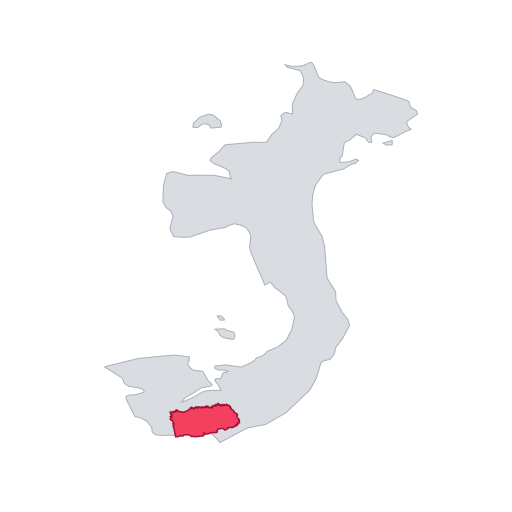 location of Cémaco, Emberá, Panama, rotated 108°
{"feature_id": "35544464B97787935745550", "entity_name": "Cémaco", "entity_type": "district", "adm_level": 2, "iso_a3": "PAN", "parent_name": "Panama", "parent_adm1": "Emberá", "projection": "equal_earth", "projection_center": [-77.717, 8.422], "detail": "fine", "context": "in_parent", "style": "filled", "palette": "rose", "viewbox_px": 512, "rotation_deg": 108, "n_neighbors": 0, "source": "geoboundaries", "source_scale": "gbopen_adm2", "svg_char_len": 8658}
<svg xmlns="http://www.w3.org/2000/svg" viewBox="0 0 512 512"><g transform="rotate(108 256 256)"><path d="M444.7,232.8L443.4,234.0L439.6,241.3L437.5,247.6L442.4,254.2L443.9,261.2L446.7,268.9L451.0,276.5L455.9,290.7L457.0,296.4L455.6,300.2L451.0,302.4L446.7,309.1L445.5,317.2L446.3,321.2L433.4,334.2L430.1,336.3L427.9,334.3L425.1,327.8L421.8,322.6L420.0,320.7L419.0,320.6L418.0,321.9L417.5,324.7L419.2,336.9L417.8,341.9L413.4,345.6L408.4,365.5L406.4,363.0L389.8,336.3L375.5,303.2L372.5,288.2L376.2,287.3L379.8,287.7L381.8,285.4L384.0,281.0L382.2,270.9L389.2,263.2L391.8,258.0L393.7,258.6L398.3,267.4L404.9,272.5L413.0,279.8L418.1,281.5L411.7,273.8L400.7,263.7L397.6,257.0L394.7,247.7L390.4,251.8L388.4,255.1L386.2,257.1L384.3,254.8L383.9,251.8L377.4,251.2L375.8,248.5L374.1,246.9L374.8,252.7L376.1,256.3L375.4,260.6L373.3,260.9L371.5,256.4L369.2,252.4L366.2,235.6L358.8,227.6L355.4,225.0L352.6,224.0L348.6,218.6L343.1,215.7L335.8,207.3L326.8,201.3L315.7,199.2L302.3,200.5L297.8,203.8L294.7,208.1L293.3,210.0L285.3,214.9L282.3,221.9L280.4,227.8L276.4,234.5L280.9,238.6L255.0,261.4L249.9,264.7L238.3,267.1L235.6,269.5L232.0,274.0L231.5,280.9L232.0,286.7L235.4,291.2L238.4,294.1L245.6,307.7L258.4,324.8L260.8,331.1L262.8,340.3L258.9,344.7L255.9,346.5L243.7,347.2L239.5,351.0L237.8,356.6L233.2,361.3L217.5,365.8L205.1,366.4L201.3,361.0L200.4,346.1L192.2,320.7L190.2,303.2L188.1,305.4L183.7,307.4L182.2,311.8L181.1,324.7L179.4,329.1L176.0,328.7L169.1,324.0L159.8,319.8L148.1,292.4L146.8,287.3L144.5,281.1L135.4,278.5L127.6,273.9L119.1,273.2L114.7,275.8L110.3,272.5L109.6,265.0L100.6,268.4L89.2,267.2L79.0,264.0L71.9,265.7L66.1,271.0L66.8,284.6L65.1,287.3L64.8,281.8L62.8,275.3L60.4,270.0L55.2,264.5L55.0,262.5L57.0,259.7L66.5,251.8L67.6,248.4L67.8,241.5L66.9,234.9L62.8,225.2L65.2,219.1L70.1,214.3L75.0,210.5L75.9,208.9L75.0,205.5L72.1,202.0L65.4,195.9L61.3,195.5L61.2,178.0L61.5,159.4L62.6,157.6L65.1,156.5L67.1,153.7L68.2,148.2L71.2,146.2L76.5,150.4L81.9,154.2L84.2,152.9L85.9,151.1L87.1,149.3L87.5,147.6L91.8,152.6L100.7,161.3L101.2,165.7L100.3,169.8L102.7,181.7L107.4,183.4L112.0,181.1L113.2,183.3L112.3,185.5L109.9,187.9L109.2,198.1L116.9,202.9L120.7,207.1L133.3,205.1L138.0,206.3L141.2,205.0L137.7,196.8L133.0,190.8L133.4,188.0L137.0,190.1L139.7,194.2L145.9,199.3L157.3,217.1L170.4,221.4L180.8,220.9L190.5,218.4L206.0,211.5L217.2,199.0L226.2,193.5L255.1,181.6L265.4,169.2L269.7,167.6L273.9,166.0L283.0,156.6L287.9,149.3L293.0,145.6L308.3,148.3L318.2,151.8L325.0,151.3L331.6,153.7L334.5,159.1L337.5,161.3L353.6,160.8L366.9,163.4L395.9,179.2L413.2,194.8L422.4,211.3L444.7,232.8ZM152.9,355.9L149.1,356.4L141.3,352.4L135.7,344.7L135.3,342.2L135.4,339.6L138.5,331.8L142.7,329.0L144.3,329.1L148.2,338.2L145.5,341.7L146.6,347.3L152.2,351.5L152.9,355.9ZM339.6,268.4L338.3,272.3L335.0,263.6L335.6,261.3L335.4,253.4L338.4,251.3L340.7,251.2L342.6,252.3L343.7,261.6L342.7,265.8L339.6,268.4ZM110.1,165.8L109.4,170.1L104.1,162.3L107.2,161.0L108.4,161.2L110.1,165.8ZM328.1,270.3L325.0,274.4L323.8,270.5L326.0,266.5L326.7,266.4L328.1,270.3Z" fill="#d9dde1" stroke="#a8b0b8" stroke-width="1"/><path d="M421.7,221.3L421.6,221.5L421.1,221.2L420.7,221.3L420.6,221.5L420.5,221.0L420.3,220.7L420.1,220.6L419.8,220.6L419.6,220.3L419.1,220.8L418.8,220.6L418.7,220.7L417.7,221.0L417.8,221.3L417.7,221.5L417.4,221.4L417.2,221.2L417.0,221.4L416.6,222.0L416.1,222.4L416.0,222.6L415.8,223.1L415.7,223.6L415.3,224.1L414.9,224.3L414.6,224.3L413.9,224.9L413.7,224.7L413.1,224.8L413.0,224.7L412.9,225.0L412.4,225.2L412.2,225.1L411.9,225.5L412.0,226.2L411.7,226.8L411.7,227.4L411.5,227.8L411.4,228.1L411.2,228.3L410.9,228.5L411.0,228.7L410.8,228.9L410.7,228.8L410.5,229.1L410.1,229.6L409.7,230.1L409.7,230.6L409.4,231.3L409.4,231.6L409.5,231.7L409.4,232.2L409.2,232.2L409.2,232.5L408.8,232.7L408.5,232.9L408.6,233.3L408.4,233.3L408.0,233.4L407.9,233.7L407.7,233.5L407.1,233.7L407.1,234.0L407.0,234.6L406.5,235.3L406.6,235.6L406.5,236.1L406.8,236.3L406.4,236.9L406.5,237.0L406.7,236.9L406.8,237.3L406.8,237.7L406.6,237.7L406.7,237.9L406.6,238.0L406.8,238.0L407.1,238.2L407.2,238.4L407.2,239.2L407.4,239.4L407.1,239.5L407.0,239.3L406.9,239.5L407.0,239.8L407.4,239.9L407.2,240.1L407.3,240.2L407.5,240.3L407.3,240.8L407.9,241.0L408.0,241.6L407.9,241.8L407.8,241.6L407.7,241.9L408.0,242.2L408.3,241.7L408.2,242.0L408.2,242.4L408.4,242.3L408.7,242.1L408.7,241.5L408.9,241.6L409.0,241.8L408.9,242.2L409.0,242.4L408.9,242.6L409.0,242.8L408.8,243.5L409.0,244.0L409.5,244.0L409.3,244.7L409.0,244.5L409.1,244.8L408.8,244.9L408.6,244.8L408.7,245.4L409.1,245.5L409.1,245.8L408.5,245.7L408.3,245.2L408.1,245.5L408.1,245.8L408.7,246.2L408.6,246.4L408.8,246.3L408.9,246.0L409.1,246.1L409.0,246.6L409.4,246.5L409.6,247.2L409.3,247.3L409.3,247.5L409.6,247.9L409.8,247.7L410.0,247.7L409.8,248.2L409.8,248.4L410.2,248.3L410.2,248.1L410.4,248.1L410.5,247.9L410.8,248.2L410.8,247.8L411.0,247.7L411.2,247.8L411.4,248.4L411.3,249.1L411.3,249.3L411.2,249.4L411.0,249.2L410.9,249.4L411.0,249.6L411.3,249.9L411.7,250.1L411.4,250.4L411.4,250.5L411.9,250.3L412.1,250.5L412.2,250.4L412.4,250.6L412.6,250.5L412.9,251.6L413.2,251.2L413.4,250.9L413.6,251.1L413.8,251.0L414.1,251.1L414.3,251.4L414.4,251.5L414.3,252.0L414.2,252.2L413.9,252.2L413.6,252.3L414.2,252.3L414.5,253.2L414.4,253.8L414.9,254.2L414.9,254.4L414.8,255.0L414.4,255.0L414.0,255.4L413.8,255.3L413.8,255.9L413.9,256.1L414.1,256.1L414.4,255.7L414.6,255.8L414.6,256.4L414.1,256.5L414.2,257.1L414.5,257.2L414.9,257.1L415.0,256.8L414.9,256.1L415.0,256.0L415.4,257.0L415.4,257.7L415.8,257.5L416.0,257.7L416.1,258.1L415.7,258.4L416.1,259.1L416.5,259.4L416.3,259.8L416.6,260.0L416.5,260.3L416.3,260.1L416.0,260.1L416.0,260.3L416.3,260.9L416.3,261.5L416.4,261.2L416.6,261.1L416.8,261.1L416.7,261.5L416.9,261.6L417.0,261.6L417.3,261.4L417.4,261.8L417.2,262.1L417.3,262.8L417.1,263.5L417.7,263.7L418.0,264.0L418.4,263.9L418.4,264.7L418.0,264.3L417.7,264.3L417.5,264.6L417.5,265.0L417.9,265.4L417.9,264.9L418.0,264.8L418.5,265.4L418.5,265.6L418.3,266.2L418.8,266.0L418.8,267.0L419.1,267.2L419.3,267.6L419.7,267.8L420.5,267.6L420.8,267.7L420.3,269.0L420.3,269.9L420.7,269.6L420.9,270.1L420.4,270.3L419.9,270.0L420.0,271.2L420.8,271.5L421.4,271.3L422.4,272.1L424.6,273.6L427.0,276.7L427.1,277.0L427.2,277.7L427.6,280.9L427.7,281.2L427.4,282.3L427.9,282.1L428.0,282.3L428.0,282.5L427.5,282.6L427.1,282.9L427.2,283.2L427.1,283.7L427.4,283.6L427.4,284.0L427.8,283.9L427.9,284.0L428.0,284.2L427.8,284.6L427.9,284.9L428.2,284.7L428.6,284.4L428.9,284.4L429.2,284.6L429.4,285.1L429.3,285.5L429.4,285.8L429.6,285.9L429.9,285.9L430.1,286.0L430.2,286.6L430.0,286.9L429.8,286.5L429.7,286.5L429.6,286.8L430.2,287.2L430.3,287.5L430.8,288.1L430.8,288.5L430.9,288.4L431.1,288.3L431.0,288.5L430.9,288.6L431.0,288.7L431.0,288.8L431.3,288.9L431.3,289.1L431.5,289.0L431.7,288.4L431.6,288.2L432.0,287.9L432.1,288.3L432.1,288.5L432.2,288.4L432.3,288.6L432.3,288.4L432.2,288.1L432.7,288.2L432.7,287.5L432.6,287.3L432.7,287.2L432.8,287.2L433.0,286.9L433.2,287.0L433.2,287.5L433.5,287.5L433.5,287.0L433.5,286.7L433.9,286.7L433.8,286.8L433.7,286.8L433.8,287.1L434.3,286.8L434.4,286.4L434.6,286.5L434.7,286.4L434.9,286.4L435.0,286.6L435.0,286.8L434.8,286.9L434.9,287.3L435.1,287.4L435.2,287.6L435.3,287.7L435.5,286.7L435.8,286.7L436.4,286.7L436.7,286.7L436.9,287.1L437.8,287.1L437.9,286.5L438.4,286.1L438.5,285.0L438.2,284.8L438.4,284.4L438.7,284.1L439.3,283.7L439.5,283.7L439.8,283.3L440.1,283.1L440.3,282.7L440.5,282.6L440.6,282.8L440.9,282.7L441.1,283.0L441.4,282.4L441.8,282.0L442.0,282.1L442.0,282.5L442.3,282.4L442.4,282.5L443.2,282.0L443.8,282.1L444.6,281.1L452.8,276.6L452.6,276.0L452.1,275.0L451.9,274.3L451.4,273.6L451.1,273.3L450.6,273.2L450.4,272.9L450.0,270.4L449.9,270.0L449.6,269.8L448.7,269.4L448.3,268.9L448.0,268.3L447.6,266.8L447.0,265.5L446.9,264.8L447.0,263.5L447.4,262.4L447.6,261.6L447.5,261.2L447.0,260.1L446.9,258.7L446.5,258.0L446.3,257.1L445.5,255.1L444.5,253.8L444.4,252.8L443.4,250.8L443.0,250.4L441.7,250.1L440.7,250.9L440.4,251.1L440.2,251.0L440.7,250.7L441.1,250.1L441.2,249.4L441.0,248.9L440.4,247.6L439.5,246.3L439.5,245.9L438.6,245.0L437.9,244.2L437.3,242.2L436.7,240.9L436.2,239.4L435.8,238.7L435.0,238.5L434.6,238.5L434.0,239.0L433.2,239.2L432.0,238.1L431.4,236.8L430.4,235.1L430.3,234.7L430.2,234.2L430.4,233.6L430.7,232.8L431.1,232.2L430.7,231.0L430.3,230.7L430.1,230.6L429.4,230.1L429.2,229.6L428.2,229.3L427.9,229.5L427.7,229.4L427.6,228.9L427.3,228.3L427.2,227.7L427.0,227.4L426.9,227.1L426.6,226.7L426.7,226.2L426.3,225.2L426.2,225.0L425.8,225.1L425.3,224.7L425.2,224.2L424.8,223.4L424.1,223.1L423.6,222.5L423.3,223.1L422.8,223.0L422.4,222.6L422.3,222.1L422.1,221.9L422.3,221.4L421.7,221.3Z" fill="#f43f5e" stroke="#9f1239" stroke-width="1.5"/></g></svg>